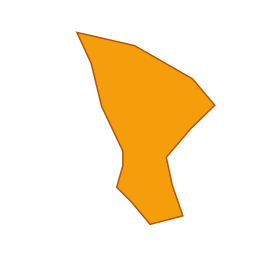 map outline of Saint Patrick (Natural Earth projection), rotated 116°
{"feature_id": "VCT-5068", "entity_name": "Saint Patrick", "entity_type": "Parish", "adm_level": 1, "iso_a3": "VCT", "parent_name": "Saint Vincent and the Grenadines", "parent_adm1": "", "projection": "natural_earth1", "projection_center": [-61.236, 13.231], "detail": "fine", "context": "isolated", "style": "filled", "palette": "amber", "viewbox_px": 256, "rotation_deg": 116, "n_neighbors": 0, "source": "natural_earth", "source_scale": "10m", "svg_char_len": 349}
<svg xmlns="http://www.w3.org/2000/svg" viewBox="0 0 256 256"><g transform="rotate(116 128 128)"><path d="M64.5,215.8L51.1,158.2L55.6,91.4L69.5,60.0L100.4,71.1L137.5,80.8L159.8,63.3L182.9,40.2L204.9,65.9L192.8,92.9L186.2,112.2L164.2,116.1L151.0,122.5L120.2,161.1L86.1,189.4L64.5,215.8Z" fill="#f59e0b" stroke="#b45309" stroke-width="1.5"/></g></svg>